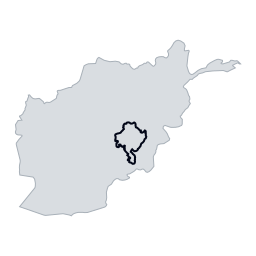 location of Ghazni within Afghanistan
{"feature_id": "AFG-1757", "entity_name": "Ghazni", "entity_type": "Province", "adm_level": 1, "iso_a3": "AFG", "parent_name": "Afghanistan", "parent_adm1": "", "projection": "natural_earth1", "projection_center": [67.708, 33.141], "detail": "fine", "context": "in_parent", "style": "outline", "palette": "ink", "viewbox_px": 256, "rotation_deg": 0, "n_neighbors": 0, "source": "natural_earth", "source_scale": "10m", "svg_char_len": 7591}
<svg xmlns="http://www.w3.org/2000/svg" viewBox="0 0 256 256"><path d="M109.9,61.7L115.4,61.2L119.1,61.9L121.1,63.8L123.0,64.3L124.9,63.4L126.1,63.2L126.5,63.8L127.5,64.1L128.9,64.0L129.7,64.5L129.9,65.7L131.0,67.1L132.9,68.9L134.6,69.3L136.9,67.9L137.6,68.1L138.0,67.7L138.2,66.7L139.6,65.7L142.1,64.8L143.5,64.0L144.0,63.4L144.8,63.2L145.7,63.4L146.4,63.1L146.9,62.2L147.7,61.9L148.5,62.1L151.9,65.3L153.2,66.3L153.9,66.1L155.6,64.3L155.8,62.7L155.3,60.6L155.6,59.0L156.7,57.7L158.8,56.9L161.8,56.6L163.7,56.8L164.4,57.4L165.3,57.8L166.5,57.9L167.5,57.1L168.5,55.5L168.5,53.6L167.6,51.3L167.9,50.5L169.4,49.3L171.0,47.6L172.5,45.3L174.0,42.6L175.9,40.9L178.1,40.2L180.7,41.0L183.9,43.1L185.1,45.8L184.4,48.9L184.4,50.6L185.0,50.9L188.6,50.3L189.1,50.8L189.1,51.7L188.5,53.0L187.9,56.7L186.9,65.9L188.5,71.4L189.6,73.5L190.7,74.2L191.7,74.5L192.8,74.3L194.9,72.9L198.2,70.3L201.4,68.7L206.0,67.8L207.5,65.0L209.6,63.2L214.5,60.5L217.1,59.4L218.7,59.3L222.4,60.3L222.6,61.1L222.4,62.0L221.3,62.7L221.0,63.3L221.4,63.7L222.9,63.9L229.4,62.0L230.8,60.3L232.1,60.3L234.9,61.0L237.0,60.7L238.1,61.5L240.6,63.9L239.8,64.0L238.7,63.5L238.1,62.7L235.5,63.8L232.6,65.3L232.7,65.7L235.3,67.9L230.0,70.4L227.6,71.7L227.0,71.8L223.3,70.5L213.2,70.9L205.5,71.7L202.6,72.9L199.7,73.5L198.3,74.1L197.4,75.4L193.2,78.3L192.4,79.3L190.0,79.3L187.6,82.0L184.0,85.3L183.3,86.9L183.9,87.7L185.8,88.9L186.7,90.0L188.0,93.2L188.6,95.5L189.5,96.5L189.9,99.1L189.1,100.7L189.1,101.5L190.3,103.5L190.0,104.1L189.2,105.1L187.8,107.7L185.3,109.6L184.2,111.3L182.5,113.2L181.7,114.8L181.0,115.7L180.2,116.1L180.4,117.0L181.1,118.1L182.3,119.3L182.2,124.1L181.6,125.4L178.4,126.8L175.4,127.3L171.6,127.4L170.2,127.2L165.0,125.4L163.4,126.3L163.0,128.4L166.0,131.8L167.3,133.8L168.6,137.0L169.7,138.6L169.3,140.2L163.9,143.6L160.5,143.9L158.4,144.5L157.3,145.4L156.6,149.0L155.8,150.4L155.9,151.9L155.1,153.7L154.1,154.9L153.3,156.8L153.9,166.4L150.8,170.2L149.1,171.6L147.5,172.3L146.1,172.0L144.3,169.8L143.1,169.0L141.9,169.2L140.7,169.9L138.7,169.7L137.1,168.9L136.2,169.0L135.7,169.8L133.9,171.4L129.6,173.9L127.8,174.1L127.0,174.7L127.3,175.8L128.1,176.6L129.5,177.2L129.5,177.9L127.3,179.2L125.0,180.0L122.4,180.3L119.6,179.8L118.3,178.7L116.6,178.6L115.1,179.4L113.5,180.8L111.4,184.2L108.2,186.3L107.4,188.4L106.4,192.2L106.7,197.7L106.3,200.2L105.6,201.8L105.8,203.1L106.8,204.6L106.4,205.5L105.5,206.6L104.6,207.1L87.4,212.5L84.5,212.6L83.1,212.4L78.2,212.4L76.2,212.8L74.1,213.5L72.6,214.4L71.4,215.8L69.4,215.0L63.0,213.7L45.5,215.4L43.9,215.1L19.6,206.7L34.9,187.8L35.3,186.2L35.4,183.2L34.6,179.0L33.1,177.1L19.8,175.0L19.4,171.7L19.6,170.3L19.4,167.5L19.5,165.4L20.2,161.9L20.2,160.3L16.3,144.6L16.3,143.1L18.9,139.5L22.1,136.0L21.9,135.3L20.3,135.0L18.0,134.9L16.7,134.4L15.7,133.4L15.4,132.0L16.1,129.5L15.5,124.6L18.1,120.5L21.9,120.2L20.0,117.2L19.6,116.9L19.5,116.4L19.7,115.9L20.7,115.7L23.0,113.7L23.2,112.7L25.1,109.8L25.0,108.6L26.3,105.2L25.7,103.0L25.6,101.8L27.0,101.0L28.0,97.9L28.5,97.1L28.6,96.3L28.3,95.1L29.6,94.9L30.8,96.5L32.6,98.2L33.8,98.7L35.4,98.9L38.8,98.4L39.5,98.5L43.0,101.4L43.7,102.2L43.9,103.4L44.5,103.7L45.7,102.6L46.9,102.2L49.2,102.5L50.5,102.1L56.3,98.4L56.8,96.0L57.3,94.7L58.1,93.9L57.2,91.2L57.5,90.7L58.3,90.4L60.2,90.4L69.0,87.5L71.3,87.5L71.8,87.2L72.0,86.4L72.6,85.5L76.8,83.3L79.2,81.1L80.1,79.4L84.1,65.8L86.2,64.6L88.4,63.8L95.6,63.5L97.0,59.3L97.6,58.3L98.9,57.4L104.2,60.3L109.9,61.7Z" fill="#d9dde1" stroke="#a8b0b8" stroke-width="1"/><path d="M115.8,141.0L115.4,141.0L115.2,140.3L115.3,139.4L115.4,139.1L115.5,139.1L115.5,138.9L115.6,138.1L115.6,137.8L115.6,137.7L115.7,137.0L115.2,135.6L115.2,135.2L115.4,134.5L115.6,134.3L115.9,134.2L117.3,133.6L118.1,133.4L118.5,133.4L120.1,132.9L120.4,132.8L120.8,132.5L121.0,132.2L121.1,131.9L121.3,131.7L121.5,131.5L122.4,130.6L122.8,130.3L123.3,129.5L123.4,129.4L123.5,129.3L123.9,129.1L123.9,128.9L123.7,128.2L123.6,127.9L123.5,127.7L123.3,127.6L123.1,127.5L123.1,127.4L123.2,127.2L123.3,127.0L123.4,126.9L123.6,126.4L123.7,126.2L123.7,125.9L123.4,125.7L123.7,124.9L123.9,124.5L124.1,124.2L124.7,123.7L125.4,123.8L125.7,123.8L126.2,123.6L126.3,123.6L126.4,123.1L126.5,123.0L126.6,122.9L126.8,122.7L127.0,122.6L128.1,122.4L128.5,122.4L129.0,122.5L129.6,122.7L130.0,123.0L130.4,123.4L130.6,123.5L130.8,123.6L131.6,123.6L131.8,123.6L132.0,123.6L133.0,123.2L133.4,123.0L133.7,122.8L133.8,122.7L134.1,122.5L134.5,122.6L135.2,123.2L135.3,123.4L135.4,123.6L135.6,124.4L135.6,124.6L135.5,124.9L135.6,125.0L135.6,125.4L135.6,125.5L135.6,125.8L135.6,126.0L135.8,126.7L135.8,126.9L135.9,127.3L136.1,127.4L136.3,127.4L137.3,127.8L137.5,128.2L138.3,128.7L138.5,128.9L138.6,129.0L139.9,130.5L140.0,130.6L140.3,130.6L140.5,130.6L140.8,130.5L141.0,131.0L140.8,131.6L140.7,131.9L140.7,132.1L140.8,132.2L140.8,132.3L141.0,132.4L141.2,132.5L141.8,132.7L142.0,132.7L142.4,132.6L143.7,131.8L143.8,131.7L144.5,130.9L144.8,130.5L145.3,130.7L145.4,130.8L145.5,130.9L145.5,131.0L145.6,131.4L145.8,131.8L145.8,132.0L145.6,132.1L145.5,132.3L145.4,132.5L145.4,132.8L145.5,132.8L145.6,133.0L145.6,133.3L145.8,133.5L145.8,133.9L145.8,134.6L145.8,135.3L145.8,135.7L145.9,135.9L146.1,136.2L146.2,136.6L146.3,136.8L146.2,137.0L145.9,137.8L145.8,138.2L145.7,138.2L144.6,139.2L144.5,139.5L144.3,140.0L144.2,140.4L144.1,140.7L144.0,141.0L143.8,141.3L142.9,142.4L141.4,143.5L141.2,143.8L141.1,144.0L140.4,146.3L139.7,147.0L139.4,147.6L138.3,148.6L138.1,148.8L138.0,149.0L137.9,149.0L137.9,149.5L137.3,150.2L136.7,150.7L136.5,150.8L136.1,151.0L135.7,151.1L134.7,151.2L134.4,151.2L134.2,151.1L133.6,150.7L132.2,149.3L131.4,150.3L130.8,151.5L130.7,151.7L130.7,151.8L131.1,152.1L132.5,153.3L132.7,153.8L132.8,154.0L133.3,154.3L134.0,155.0L134.4,155.2L134.5,155.3L134.9,156.4L135.0,157.0L135.1,157.3L135.1,157.5L134.9,157.9L134.9,158.1L134.9,158.3L135.0,159.1L135.0,159.8L134.8,160.1L134.7,160.3L134.8,160.6L135.0,161.4L135.0,161.5L134.9,162.2L134.5,163.3L133.9,163.7L132.7,163.8L132.6,163.7L132.4,163.7L132.2,163.5L132.0,163.3L131.5,163.0L131.2,162.7L130.7,162.6L129.7,162.4L129.4,162.2L129.2,162.1L129.2,161.9L129.2,161.7L129.3,161.0L129.3,160.8L129.2,160.7L129.0,160.4L128.9,160.3L128.8,160.2L128.7,160.2L128.0,160.3L127.9,160.3L127.8,160.2L127.8,159.7L128.0,159.3L128.1,159.2L128.3,159.1L128.5,159.2L128.8,159.2L129.3,159.0L129.6,158.7L129.9,158.5L130.1,158.3L130.1,158.1L130.2,157.9L130.1,157.7L129.5,157.2L129.3,157.2L128.7,157.1L128.5,156.3L128.3,156.0L127.3,155.2L128.3,154.0L128.3,153.9L127.8,153.6L127.6,153.5L125.2,151.0L125.2,150.9L125.1,150.7L124.7,150.3L124.3,149.7L124.2,149.5L124.2,149.2L124.3,149.1L124.4,148.9L124.5,148.8L124.8,148.8L124.8,148.7L124.7,148.4L124.0,148.1L123.9,148.0L123.8,147.8L123.8,147.7L124.5,147.2L124.8,146.9L124.8,146.7L124.7,146.5L124.7,146.4L124.6,146.2L124.5,145.9L124.6,145.7L124.3,145.6L124.2,145.7L123.9,146.1L123.7,146.4L123.6,146.6L123.4,146.7L123.3,146.8L123.2,146.8L122.7,146.8L122.4,146.8L122.3,146.6L122.2,146.6L121.9,146.5L121.9,146.4L121.9,146.2L121.6,146.0L121.1,146.1L120.9,145.9L120.7,145.7L120.6,145.3L120.6,144.9L120.5,144.7L120.4,144.7L119.8,144.5L119.4,144.6L119.2,144.6L119.0,144.8L119.0,145.0L119.1,145.3L119.3,145.6L119.4,145.8L119.3,146.1L119.0,146.5L118.8,146.9L118.8,147.0L118.7,147.1L118.1,147.2L117.9,147.1L117.1,146.9L116.9,146.8L116.8,146.7L116.6,146.5L116.5,146.2L116.5,145.9L116.4,145.2L116.4,144.8L116.4,144.6L116.5,144.5L116.5,144.4L116.4,143.8L116.5,143.6L116.5,143.3L116.5,143.2L117.2,142.7L117.3,142.5L117.4,142.3L117.5,142.2L117.8,142.0L117.9,141.8L117.9,141.7L117.9,141.4L117.8,141.2L117.7,141.0L117.4,140.9L115.8,141.0Z" fill="none" stroke="#020617" stroke-width="2"/></svg>